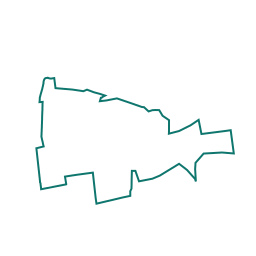 Chacsinkín, Yucatán, Mexico, rotated 76°
{"feature_id": "50627088B83026580761392", "entity_name": "Chacsinkín", "entity_type": "district", "adm_level": 2, "iso_a3": "MEX", "parent_name": "Mexico", "parent_adm1": "Yucatán", "projection": "mercator", "projection_center": [-89.035, 20.208], "detail": "fine", "context": "isolated", "style": "outline", "palette": "teal", "viewbox_px": 256, "rotation_deg": 76, "n_neighbors": 0, "source": "geoboundaries", "source_scale": "gbopen_adm2", "svg_char_len": 1867}
<svg xmlns="http://www.w3.org/2000/svg" viewBox="0 0 256 256"><g transform="rotate(76 128 128)"><path d="M193.8,176.9L193.9,168.2L193.9,167.2L194.0,162.7L194.1,151.6L194.1,150.7L194.4,142.2L189.9,141.1L187.7,139.3L184.5,138.4L178.8,136.9L170.5,134.6L171.4,131.2L182.4,130.2L183.1,116.6L181.9,108.7L175.1,87.1L183.1,80.8L193.6,75.3L196.3,75.1L184.1,72.8L178.1,70.9L171.1,60.8L174.5,42.8L178.3,31.5L155.0,28.9L154.2,36.2L151.6,58.2L137.2,57.5L140.6,66.9L140.9,68.4L143.3,79.2L143.3,80.8L143.4,89.7L141.8,89.2L130.3,86.3L124.5,91.5L118.2,93.4L117.2,97.0L116.6,100.0L116.9,104.0L111.7,107.4L111.0,109.4L103.6,120.7L96.6,131.6L96.1,140.9L96.1,141.8L95.2,148.8L92.1,147.0L92.2,146.2L91.6,144.9L91.0,142.4L88.8,145.9L88.5,146.3L85.1,152.4L80.9,158.5L81.5,162.4L79.9,166.2L77.2,172.8L71.8,188.7L61.7,187.5L61.6,188.8L61.5,190.2L61.3,191.0L61.1,191.7L60.6,192.7L60.2,193.1L60.0,193.5L59.8,193.7L59.9,194.4L59.7,194.9L59.7,195.5L59.7,196.2L60.2,197.0L60.4,197.3L61.2,197.9L62.0,198.4L63.4,199.0L64.3,199.2L65.4,199.8L65.8,200.0L67.1,200.6L67.6,200.9L68.0,201.1L68.6,201.4L69.4,201.8L70.4,202.4L71.1,202.8L72.0,203.3L73.5,204.2L75.7,205.4L77.4,206.3L78.9,206.7L80.4,207.2L81.5,207.6L81.6,207.1L82.0,204.5L85.3,205.5L86.0,205.6L87.8,206.2L88.9,206.4L90.8,207.0L92.8,207.6L94.0,207.9L94.8,208.2L99.0,209.3L99.7,209.5L100.9,209.9L102.2,210.2L103.1,210.5L104.2,210.8L105.1,211.1L105.7,211.2L107.0,211.6L108.0,211.9L109.0,212.2L109.8,212.4L111.4,212.9L113.5,213.5L115.4,214.1L115.9,214.1L116.8,214.1L117.9,214.2L121.0,214.2L122.7,214.3L123.7,214.3L125.5,214.3L125.5,219.6L125.5,220.4L125.5,221.8L158.6,226.3L159.4,226.5L160.6,226.3L161.8,226.5L162.7,226.6L164.4,226.8L165.1,226.9L165.8,227.0L166.4,227.1L167.7,202.0L167.7,201.6L167.3,201.5L159.9,200.9L160.5,194.3L160.5,194.2L161.0,189.1L162.8,172.9L188.0,176.3L193.8,176.9Z" fill="none" stroke="#0f766e" stroke-width="2"/></g></svg>